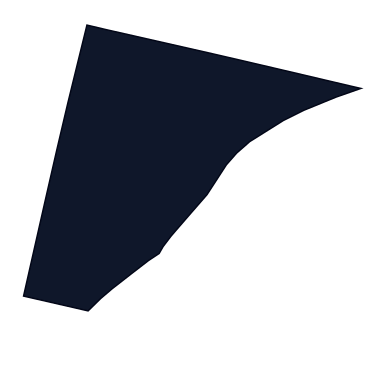 outline of Berrien, Michigan, United States of America, rotated 193°
{"feature_id": "52423323B94823844405741", "entity_name": "Berrien", "entity_type": "district", "adm_level": 2, "iso_a3": "USA", "parent_name": "United States of America", "parent_adm1": "Michigan", "projection": "robinson", "projection_center": [-86.545, 42.001], "detail": "fine", "context": "isolated", "style": "filled", "palette": "ink", "viewbox_px": 384, "rotation_deg": 193, "n_neighbors": 0, "source": "geoboundaries", "source_scale": "gbopen_adm2", "svg_char_len": 683}
<svg xmlns="http://www.w3.org/2000/svg" viewBox="0 0 384 384"><g transform="rotate(193 192 192)"><path d="M331.9,331.0L333.0,251.1L333.2,201.7L333.1,151.7L332.7,52.7L266.5,52.8L257.0,67.7L249.0,78.5L248.1,79.7L232.7,98.7L219.0,115.4L210.2,124.7L207.9,132.3L202.6,144.1L199.1,150.8L188.2,171.4L176.8,192.8L172.9,203.5L165.0,225.2L164.7,226.1L157.3,239.9L148.8,251.7L147.2,254.0L119.1,282.2L101.4,296.8L73.1,316.8L50.8,330.9L51.3,330.9L54.9,330.9L60.3,330.9L61.7,330.9L62.1,330.9L85.4,331.0L86.8,331.0L87.5,331.0L136.9,331.2L137.0,331.2L137.5,331.2L191.9,331.3L194.2,331.3L202.4,331.3L310.1,330.9L313.4,330.9L331.9,331.0Z" fill="#0f172a" stroke="#020617" stroke-width="1.5"/></g></svg>